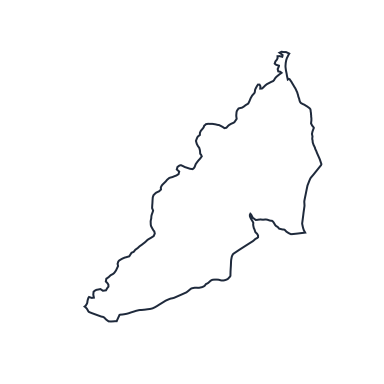 Ugenya, Nyanza, Kenya (Mercator projection), rotated 157°
{"feature_id": "3690345B43634586140198", "entity_name": "Ugenya", "entity_type": "district", "adm_level": 2, "iso_a3": "KEN", "parent_name": "Kenya", "parent_adm1": "Nyanza", "projection": "mercator", "projection_center": [34.222, 0.217], "detail": "fine", "context": "isolated", "style": "outline", "palette": "slate", "viewbox_px": 384, "rotation_deg": 157, "n_neighbors": 0, "source": "geoboundaries", "source_scale": "gbopen_adm2", "svg_char_len": 6008}
<svg xmlns="http://www.w3.org/2000/svg" viewBox="0 0 384 384"><g transform="rotate(157 192 192)"><path d="M161.5,243.5L162.5,241.4L164.8,240.8L165.5,240.4L166.5,239.5L168.4,237.5L168.8,234.4L168.6,231.9L168.1,229.9L168.3,228.0L168.6,226.6L169.5,224.0L169.1,222.8L169.1,221.0L171.4,219.6L173.8,218.5L174.7,218.0L175.6,217.5L177.7,216.2L179.5,214.3L180.2,213.7L181.1,213.2L182.5,212.8L184.8,214.2L187.5,216.6L188.2,217.2L188.8,217.7L190.2,219.4L191.7,221.0L192.7,221.2L193.6,221.2L195.6,220.7L197.2,218.7L195.8,215.8L197.4,213.7L199.9,213.3L202.3,213.4L203.2,213.4L204.2,213.4L206.1,213.7L207.4,213.8L210.1,213.0L212.0,212.0L213.0,211.6L215.8,210.5L216.7,210.1L217.4,209.7L218.9,208.4L219.6,206.4L222.0,205.5L225.2,205.4L226.5,205.0L228.7,204.1L230.2,202.4L231.5,199.9L232.8,197.2L233.9,195.1L235.0,192.8L235.1,190.0L236.5,188.4L237.9,186.9L238.8,185.7L239.8,183.7L241.0,182.0L241.6,181.0L242.8,177.8L243.0,176.5L242.9,175.2L242.6,172.3L242.4,171.3L242.1,170.5L242.5,168.3L244.5,166.4L247.4,165.9L250.7,165.5L252.0,165.2L253.2,164.7L255.2,164.0L257.2,163.5L258.6,163.1L261.5,162.5L263.9,161.6L266.7,161.0L269.1,159.7L271.4,159.7L274.9,157.3L277.3,157.6L278.3,157.7L279.4,157.9L281.6,157.9L283.1,157.8L285.8,157.4L287.0,156.8L288.6,154.9L288.8,153.6L289.0,152.7L290.8,151.1L292.6,149.5L294.5,148.3L295.7,147.7L296.9,147.4L299.3,147.2L300.5,146.8L301.4,146.4L303.3,145.9L304.7,145.7L306.3,143.3L305.5,141.3L305.3,140.3L305.2,139.3L305.9,137.5L306.7,137.1L307.5,136.7L309.6,135.1L312.6,135.9L314.2,138.4L317.0,139.0L318.3,139.3L320.2,139.1L321.6,138.6L323.0,136.0L323.6,133.1L325.7,133.7L327.8,135.6L328.5,135.2L329.3,134.4L330.3,133.2L331.1,132.0L331.6,131.1L332.1,130.5L332.7,130.0L333.6,129.4L334.2,128.9L335.6,128.5L335.2,127.8L334.4,125.8L334.2,124.3L334.1,123.1L333.9,122.1L333.1,121.2L331.6,119.7L324.2,112.8L322.7,111.8L321.9,110.8L320.9,108.2L320.4,107.3L319.8,106.3L319.2,105.4L316.7,104.3L314.5,103.5L313.5,103.2L311.8,102.5L311.0,103.3L310.0,104.2L306.7,107.2L305.6,107.0L304.2,106.5L301.9,105.9L299.6,105.4L298.2,105.2L297.3,105.1L295.4,105.0L291.6,104.6L290.1,104.5L286.6,103.9L284.2,103.0L281.3,102.1L279.0,101.5L276.2,100.7L274.5,100.4L273.5,100.3L271.2,100.4L268.7,100.7L266.4,101.1L261.7,101.8L259.1,102.2L258.0,102.3L257.0,102.3L254.5,102.3L253.1,102.2L251.9,101.9L250.6,101.7L249.8,101.6L241.3,101.7L236.3,101.8L235.6,102.0L234.4,102.3L232.4,102.9L230.8,103.4L229.7,103.4L226.8,102.8L226.1,102.5L225.2,102.1L223.8,101.4L222.7,101.0L221.5,100.8L220.0,100.5L218.5,100.5L217.5,100.6L216.6,100.9L215.7,101.5L215.1,101.8L214.1,101.8L212.5,102.0L211.4,102.4L210.0,102.9L208.7,103.2L207.7,103.2L206.4,102.9L203.7,101.8L202.2,101.1L201.3,100.5L199.7,99.2L198.6,98.7L197.7,98.3L196.8,98.1L195.3,97.9L193.4,97.9L192.6,98.1L191.6,98.6L190.2,99.2L189.4,99.8L188.5,101.8L187.4,104.2L186.9,105.2L185.0,109.0L183.0,113.2L182.4,114.3L181.8,115.2L180.8,116.7L180.1,117.5L178.7,118.7L177.4,119.1L176.3,119.3L171.1,120.3L162.3,121.8L156.3,122.8L155.4,122.9L153.4,123.5L152.1,124.0L151.1,124.1L149.9,124.2L148.9,124.5L148.2,126.1L148.4,128.1L148.8,129.0L149.3,130.1L149.3,130.9L149.2,132.0L149.1,133.4L149.2,134.5L149.0,135.7L148.7,137.2L148.4,138.2L147.9,139.1L147.6,139.8L147.7,141.1L148.1,143.9L148.2,145.2L148.2,146.9L147.7,148.3L146.8,149.1L146.4,148.1L146.3,146.7L146.1,144.3L145.4,143.4L144.8,142.3L144.2,141.3L142.3,140.7L141.3,140.5L140.5,140.2L139.7,140.0L138.2,139.1L136.8,138.5L136.0,138.3L135.1,138.0L134.3,137.6L133.4,137.0L132.4,136.1L131.4,135.2L130.5,134.7L129.6,134.2L129.1,133.3L128.8,132.3L128.5,130.3L128.4,129.3L128.1,128.3L127.7,127.5L127.1,126.8L126.6,125.9L126.4,125.1L126.1,124.2L124.6,123.1L123.7,122.4L122.9,121.9L122.0,121.5L121.4,120.8L120.6,118.6L119.5,117.0L119.0,116.3L117.5,114.6L116.6,114.2L111.4,112.6L103.7,110.4L103.8,111.5L104.0,113.1L103.8,115.4L103.6,116.7L103.1,119.3L102.9,120.0L101.3,122.7L99.0,126.6L97.4,129.4L94.2,134.7L93.8,135.4L93.0,137.6L92.7,138.5L92.2,139.7L91.6,140.6L90.1,142.8L88.3,145.4L85.5,149.5L83.2,152.8L79.5,156.6L77.8,158.2L76.9,158.8L73.3,160.6L62.7,166.3L62.0,167.1L61.6,172.2L61.6,173.4L61.7,179.3L61.6,181.0L61.7,182.8L61.7,183.9L61.5,184.8L61.6,185.9L61.6,186.7L61.7,187.7L61.5,190.4L60.8,192.6L60.7,193.5L60.3,194.5L59.4,196.0L58.9,198.6L58.3,199.4L57.7,200.3L57.0,201.1L55.9,202.3L55.4,202.8L54.8,203.4L54.9,204.4L55.5,206.4L55.5,207.6L55.7,208.4L55.3,209.2L54.8,210.1L54.2,211.1L53.6,212.5L53.2,213.5L53.0,214.4L52.7,215.2L52.3,216.2L52.1,217.1L51.7,218.0L51.3,219.7L51.0,220.6L50.7,221.9L50.9,222.8L51.4,223.8L52.5,225.6L53.1,226.5L53.6,227.1L54.1,227.9L54.7,228.7L55.4,229.4L56.9,231.2L57.3,232.4L57.3,233.9L57.1,235.1L56.9,236.1L56.9,237.0L56.8,238.5L56.5,239.9L56.4,241.4L56.2,242.8L56.3,243.7L56.3,245.3L56.4,247.2L56.6,248.2L57.0,251.2L57.3,253.3L57.4,254.3L58.1,257.7L58.7,258.3L59.9,258.1L59.2,261.8L58.7,263.8L58.5,264.8L58.0,267.3L57.1,270.5L56.7,271.5L55.7,273.4L55.3,274.2L53.7,276.6L53.0,277.4L52.4,278.1L49.5,280.6L48.4,281.4L50.7,284.0L53.0,285.0L54.0,285.6L54.7,286.1L57.0,286.0L56.0,284.4L55.1,282.7L55.6,281.8L56.1,281.2L58.2,282.8L59.3,283.2L60.2,283.6L61.0,281.7L62.1,280.7L64.2,279.6L65.7,277.9L65.3,277.0L64.8,276.2L62.6,274.3L63.0,273.6L65.1,271.7L65.3,270.5L65.5,269.3L63.8,268.2L63.4,267.5L63.0,266.7L65.3,266.2L68.8,265.2L70.1,264.7L71.2,264.1L72.8,262.9L74.0,262.4L76.0,262.4L81.0,262.0L83.1,261.4L84.0,261.0L86.9,259.9L87.8,260.1L88.8,260.5L87.7,262.6L87.9,264.5L88.7,264.8L89.3,265.1L91.0,264.0L92.6,262.7L93.6,261.8L94.2,261.1L95.1,259.5L95.9,258.7L98.9,257.3L101.4,255.4L103.6,253.2L105.7,251.4L108.7,251.0L110.9,250.4L112.9,250.1L113.7,250.2L114.5,250.4L116.5,250.7L118.3,249.6L119.2,248.9L119.8,248.1L121.3,245.3L121.7,244.2L122.3,241.9L123.2,241.3L125.7,239.7L126.8,239.5L129.3,239.5L131.5,239.2L132.6,238.9L133.3,238.6L135.2,237.7L137.2,238.1L138.4,240.0L139.0,240.7L139.7,241.6L141.0,243.1L142.1,243.7L144.1,245.2L146.7,246.8L147.6,247.2L148.6,247.6L150.6,248.5L152.6,249.0L153.8,248.5L154.8,248.3L156.1,246.9L157.3,246.2L159.9,244.9L161.5,243.5Z" fill="none" stroke="#1e293b" stroke-width="2"/></g></svg>